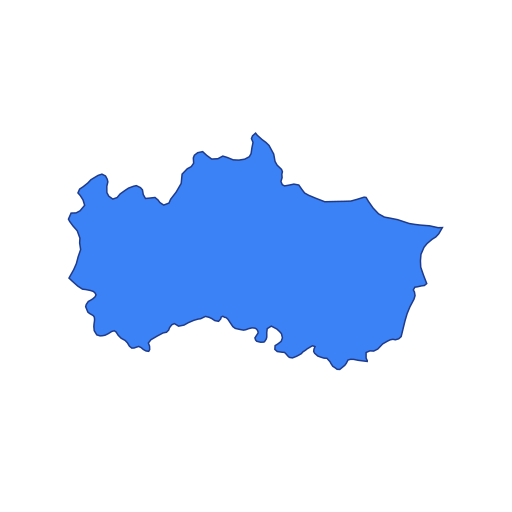 Lyakhavichy, Brest, Belarus, rotated 242°
{"feature_id": "67162791B80813457147779", "entity_name": "Lyakhavichy", "entity_type": "district", "adm_level": 2, "iso_a3": "BLR", "parent_name": "Belarus", "parent_adm1": "Brest", "projection": "albers", "projection_center": [26.164, 52.904], "detail": "fine", "context": "isolated", "style": "filled", "palette": "blue", "viewbox_px": 512, "rotation_deg": 242, "n_neighbors": 0, "source": "geoboundaries", "source_scale": "gbopen_adm2", "svg_char_len": 3746}
<svg xmlns="http://www.w3.org/2000/svg" viewBox="0 0 512 512"><g transform="rotate(242 256 256)"><path d="M364.7,313.3L363.7,309.3L361.8,307.1L357.7,306.7L353.2,303.0L348.7,299.7L346.8,296.7L346.8,291.5L348.7,285.9L351.6,281.0L356.5,276.9L359.8,273.6L359.8,268.0L362.4,262.4L368.0,259.7L373.2,257.9L374.6,253.0L373.9,248.9L372.0,246.7L367.2,244.5L365.3,240.8L365.3,236.3L363.0,229.2L355.2,224.0L349.9,215.5L346.2,207.3L343.6,204.0L344.3,198.4L348.4,196.2L351.4,195.8L355.1,194.3L357.3,188.7L358.7,185.4L363.2,185.3L367.7,186.8L370.6,186.1L374.3,183.4L375.1,180.5L375.8,175.3L375.4,171.2L374.6,165.2L372.8,160.8L373.5,156.3L377.9,154.1L382.0,154.1L387.6,157.0L391.0,160.0L393.6,160.7L397.3,160.7L400.6,158.4L401.3,154.4L400.9,146.2L399.4,141.7L398.3,135.8L397.9,131.7L395.3,128.4L391.9,129.2L386.7,129.6L381.2,128.5L378.5,121.8L378.5,117.4L380.7,112.9L376.6,107.7L374.7,107.7L374.0,107.7L368.5,108.5L362.2,110.0L354.4,108.9L350.3,106.4L344.0,104.2L338.8,98.6L333.6,93.8L329.5,88.6L324.3,80.5L320.4,81.8L313.1,84.5L308.2,87.2L306.2,90.1L303.2,93.7L301.0,95.8L298.9,96.5L296.8,96.5L295.5,94.7L294.8,91.9L294.6,89.0L294.6,86.6L292.9,83.4L291.2,81.8L285.4,81.2L283.5,82.0L280.0,84.2L278.4,84.6L276.2,83.9L274.5,82.9L271.9,81.0L269.8,79.7L266.0,78.1L261.1,78.4L258.7,80.8L257.7,83.0L256.9,85.6L256.8,89.4L257.1,93.2L256.5,95.8L254.5,96.8L250.7,97.1L246.7,98.3L242.9,100.8L239.7,101.7L235.8,101.9L233.0,103.1L232.0,105.2L231.7,107.3L231.2,110.0L229.0,111.6L226.4,112.6L223.8,114.3L222.2,116.5L223.3,118.2L226.4,119.7L229.7,120.1L231.4,123.9L231.7,131.3L231.7,137.8L230.7,141.2L231.6,144.1L233.3,146.0L234.8,149.3L234.7,152.1L232.5,153.5L230.4,154.7L228.8,160.0L228.9,165.1L228.4,170.9L227.5,175.2L226.6,177.7L226.5,180.5L226.4,183.0L223.9,185.8L221.6,187.5L218.3,189.3L215.9,192.3L217.1,195.4L218.4,196.5L218.4,198.4L216.6,199.5L215.7,200.7L213.4,201.5L210.4,201.8L204.5,202.4L201.8,203.7L198.7,207.3L196.4,210.2L195.7,212.4L195.3,215.4L194.4,218.9L192.8,221.2L191.4,222.1L189.7,222.4L187.9,222.2L186.9,221.5L186.0,219.8L185.5,218.9L184.2,216.6L182.1,216.2L180.4,216.6L179.0,218.1L177.7,219.6L176.5,222.1L176.3,223.2L177.9,226.1L179.3,227.4L181.3,228.5L183.3,229.5L186.6,231.8L186.9,236.6L181.8,240.1L178.1,241.4L175.4,242.0L171.3,240.9L168.8,238.1L168.1,233.9L167.9,230.8L164.7,228.8L161.7,229.9L158.7,234.0L157.5,235.9L155.7,236.5L153.0,237.1L151.4,237.6L150.5,238.2L148.9,240.4L148.7,242.2L148.4,244.7L148.4,247.0L148.5,250.2L149.3,252.3L149.6,255.6L150.0,257.5L150.2,262.0L150.2,263.8L148.3,265.6L146.6,263.5L144.6,262.1L142.6,262.1L138.6,263.6L136.0,266.0L133.9,268.1L132.4,270.6L128.0,271.7L125.8,271.7L122.6,272.0L119.9,273.5L117.9,274.4L116.5,276.7L117.8,283.1L118.9,285.4L121.0,288.4L120.4,291.0L118.9,293.7L115.9,297.3L110.7,304.7L111.3,305.1L114.2,305.3L119.1,307.9L118.8,312.0L116.8,315.3L116.7,319.9L118.9,326.5L119.1,331.9L119.0,335.1L118.2,337.8L116.6,339.7L115.9,343.1L116.7,346.3L119.9,349.2L123.3,352.2L129.0,357.3L134.2,362.4L138.9,368.1L143.7,375.2L146.3,377.8L149.8,379.0L152.2,379.0L153.9,381.6L153.0,384.1L151.9,388.2L150.9,390.8L151.5,393.8L160.6,394.9L168.8,396.2L174.5,398.9L180.0,402.4L184.8,408.4L186.7,412.9L188.1,419.4L188.4,423.7L189.8,427.8L193.6,433.9L195.5,430.1L201.2,423.4L206.1,415.7L209.3,411.1L212.8,406.5L221.6,398.1L226.2,392.5L230.1,387.6L235.7,384.0L243.4,381.9L251.5,380.9L256.0,380.7L257.2,379.1L258.6,371.7L260.0,365.4L263.1,359.1L266.3,352.8L271.6,342.2L278.9,335.9L284.9,331.0L288.8,328.5L293.0,327.8L298.6,327.1L301.7,323.2L303.1,318.3L304.5,314.1L306.6,312.7L310.1,313.0L312.9,315.8L316.1,317.2L318.0,318.9L320.5,319.2L323.3,318.3L326.3,317.3L330.6,317.2L334.6,318.5L337.8,319.5L347.5,319.4L351.6,318.1L356.0,316.0L362.0,313.8L364.7,313.3Z" fill="#3b82f6" stroke="#1e3a8a" stroke-width="1.5"/></g></svg>